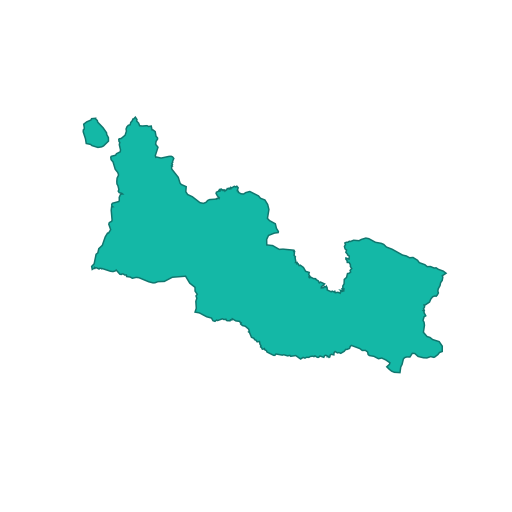 Manggarai, Nusa Tenggara Timur, Indonesia, rotated 111°
{"feature_id": "22746128B41361424069199", "entity_name": "Manggarai", "entity_type": "district", "adm_level": 2, "iso_a3": "IDN", "parent_name": "Indonesia", "parent_adm1": "Nusa Tenggara Timur", "projection": "robinson", "projection_center": [120.422, -8.578], "detail": "fine", "context": "isolated", "style": "filled", "palette": "teal", "viewbox_px": 512, "rotation_deg": 111, "n_neighbors": 0, "source": "geoboundaries", "source_scale": "gbopen_adm2", "svg_char_len": 6081}
<svg xmlns="http://www.w3.org/2000/svg" viewBox="0 0 512 512"><g transform="rotate(111 256 256)"><path d="M313.3,79.8L307.7,81.1L304.8,80.8L299.3,81.5L297.6,80.8L296.2,79.1L295.1,76.1L290.8,75.2L290.1,72.8L291.7,68.7L291.0,63.2L289.9,59.9L287.3,56.9L286.9,53.7L286.3,53.0L282.9,50.9L280.3,50.1L278.4,47.9L273.4,49.8L270.3,54.3L270.7,61.2L269.7,64.4L269.9,67.5L267.2,72.4L260.3,73.9L257.6,75.4L256.3,77.0L252.5,77.3L251.0,76.1L248.8,78.7L247.4,79.3L247.0,80.3L246.4,79.5L245.2,80.7L243.0,80.4L241.5,81.5L241.2,80.6L236.8,77.5L233.7,77.4L230.8,76.5L229.2,74.7L229.0,73.4L227.5,72.8L225.1,72.5L223.6,73.7L221.3,74.1L217.7,73.6L214.8,74.1L212.1,73.4L208.9,74.0L207.7,75.0L204.0,72.4L203.0,75.8L203.1,81.0L202.5,83.6L203.4,85.4L203.3,89.3L204.6,92.4L203.6,95.2L203.7,101.2L202.1,103.7L201.1,108.9L202.6,112.0L202.1,115.7L202.6,119.5L200.9,131.4L200.9,137.5L199.4,140.9L199.3,143.6L200.4,149.4L199.4,156.9L199.9,159.9L202.8,163.6L204.8,165.3L206.3,170.5L208.6,173.0L208.8,174.2L210.2,175.1L210.8,176.6L212.0,177.7L213.4,176.5L215.4,176.9L217.5,175.3L218.0,173.6L220.4,173.4L221.4,171.4L222.2,170.9L222.5,169.2L223.2,168.7L225.6,168.1L225.6,171.3L226.7,171.0L227.7,169.3L229.3,168.5L228.7,166.7L230.3,164.7L231.9,164.2L233.5,162.1L235.7,163.0L237.1,161.9L238.7,162.8L239.6,164.3L243.6,163.8L246.2,165.2L250.4,163.8L252.9,164.2L254.8,163.4L255.8,164.0L256.2,163.5L255.3,162.1L257.2,161.6L257.8,164.7L258.4,163.2L259.2,164.3L260.6,164.1L260.5,166.5L261.9,168.8L260.7,169.8L261.6,170.3L261.5,172.3L262.5,173.0L262.2,177.3L260.2,178.2L259.0,179.5L260.0,179.7L259.9,181.4L261.3,181.4L262.4,183.6L261.4,183.9L257.5,182.0L257.2,186.5L258.4,187.3L256.9,189.0L256.5,191.5L255.8,192.2L256.5,194.3L256.1,197.4L257.1,198.0L257.1,198.5L256.5,199.1L255.6,198.4L254.3,200.2L252.3,200.4L252.5,204.2L249.7,207.6L248.7,211.4L249.5,212.3L248.1,214.0L248.6,215.1L247.3,215.3L247.9,216.8L246.8,216.9L243.5,219.0L242.7,218.9L241.7,220.7L239.1,221.3L238.4,222.3L237.8,221.7L237.0,222.7L239.9,233.2L241.5,236.7L240.3,244.2L241.8,249.9L236.7,252.0L232.3,251.7L228.0,247.0L226.2,243.7L225.1,243.9L222.9,246.8L219.0,249.5L218.1,256.1L216.8,258.8L208.0,260.6L203.7,263.6L200.5,267.8L200.5,272.5L199.0,275.2L198.0,284.9L200.5,288.3L202.6,289.8L203.3,292.3L202.9,295.3L201.9,295.6L201.8,296.9L198.7,297.1L197.7,298.9L198.8,299.6L198.7,301.2L201.0,303.0L201.0,304.1L202.1,303.7L202.2,305.2L202.9,304.8L203.3,307.0L204.7,307.1L205.7,307.7L205.6,308.3L206.4,308.4L205.3,309.7L206.1,309.2L206.0,310.2L206.7,310.3L206.2,311.4L206.7,312.1L206.0,312.5L206.9,313.8L208.3,312.9L208.6,313.4L208.1,314.1L209.2,314.4L210.6,315.8L211.9,315.7L213.7,313.6L214.8,311.1L215.6,311.1L215.3,312.2L216.8,313.0L216.5,313.3L217.4,314.1L220.0,319.6L221.6,321.1L223.7,321.8L225.7,323.9L226.3,327.4L223.5,336.6L223.1,341.9L221.1,344.6L216.3,346.0L216.0,351.5L215.1,353.1L210.4,356.8L205.0,365.9L202.8,366.8L202.2,366.4L202.0,367.2L200.7,366.7L200.0,367.7L198.4,367.3L197.5,367.8L194.4,367.7L193.4,369.4L193.3,370.9L194.1,372.8L198.6,379.7L199.2,384.1L199.8,384.9L198.3,386.0L189.6,386.5L187.7,389.7L184.9,390.4L182.0,389.8L181.0,390.3L180.1,392.2L176.0,394.7L175.2,397.3L175.5,398.3L172.2,400.4L173.6,402.7L173.4,404.5L175.4,408.7L176.1,411.3L174.0,413.2L172.8,415.8L171.3,416.0L169.6,418.4L172.0,419.4L172.2,420.0L174.0,420.0L176.2,420.8L178.6,420.5L179.7,422.0L181.7,422.8L184.0,422.8L185.9,421.7L190.2,421.5L194.6,424.0L195.6,425.7L196.3,425.9L198.2,424.9L198.7,423.9L201.1,423.5L205.5,420.5L207.4,420.1L210.5,422.9L212.2,423.2L214.8,426.8L215.8,427.0L218.0,425.8L219.4,423.2L225.5,418.5L227.5,415.1L228.9,413.8L230.1,413.3L233.0,413.6L236.2,412.7L238.6,411.6L239.7,410.2L243.0,407.9L244.9,407.8L245.9,406.3L245.6,403.7L245.9,402.8L246.5,404.1L247.6,404.6L250.3,404.7L253.2,403.5L254.3,403.6L258.2,408.9L259.5,409.2L261.2,408.4L261.4,407.5L261.9,408.4L265.1,407.6L274.1,403.2L275.3,403.2L277.4,404.9L279.1,404.8L283.5,401.1L287.5,401.9L287.8,402.8L292.2,403.6L301.1,403.3L305.5,405.4L309.8,404.8L311.7,405.9L321.3,404.3L324.6,405.7L327.2,404.1L325.9,403.2L325.5,402.3L324.7,402.4L325.0,401.9L324.5,401.8L324.2,400.5L324.4,397.9L323.7,397.8L323.0,396.3L323.3,395.3L322.8,394.9L322.4,386.5L321.8,383.9L320.3,382.0L319.2,381.5L321.8,376.5L321.5,375.1L320.7,374.6L320.4,373.1L320.8,371.8L320.2,370.2L321.5,369.4L320.7,365.8L321.1,363.5L318.9,360.2L318.2,357.5L318.5,347.0L318.0,342.5L317.2,340.7L315.1,338.4L312.6,332.5L305.8,326.5L300.1,314.5L305.1,308.1L307.1,301.7L310.6,300.3L312.8,297.1L314.8,297.7L316.6,296.1L319.9,295.9L326.2,293.0L330.2,292.8L329.4,288.5L330.4,280.2L329.9,275.3L331.8,273.0L331.7,270.9L329.9,269.8L330.0,268.7L326.7,264.9L326.8,263.2L325.8,261.4L326.7,260.6L326.7,259.7L325.8,257.0L324.7,257.0L324.4,255.6L323.1,255.7L323.8,251.5L322.9,247.8L323.9,246.7L323.8,245.8L325.0,245.9L325.8,243.7L325.4,241.0L326.8,236.8L328.7,235.2L329.5,235.7L329.8,234.6L333.5,231.1L333.6,228.3L334.6,227.4L334.6,225.9L335.7,224.2L334.6,222.1L337.0,220.6L337.9,219.3L339.2,219.2L339.5,218.0L340.6,216.9L340.6,216.2L339.4,215.0L340.4,214.2L340.6,212.4L341.7,211.3L342.4,204.0L342.0,202.8L340.3,202.2L339.1,195.9L338.2,194.7L337.9,190.7L336.6,188.7L337.2,187.7L334.7,183.2L336.2,177.4L333.8,175.7L333.8,173.7L332.4,172.5L331.7,170.3L330.4,169.4L329.1,167.0L329.2,165.8L328.1,165.2L328.6,162.4L328.2,161.3L326.4,160.4L326.3,156.4L324.5,156.3L323.7,155.4L323.7,153.8L324.5,153.4L323.9,152.6L324.5,151.5L323.7,150.9L322.0,151.3L320.8,150.5L320.4,147.9L318.3,148.5L316.8,147.9L317.3,145.3L316.4,143.9L316.5,142.0L313.4,139.5L311.1,138.8L310.7,137.7L308.8,135.6L306.6,135.6L305.3,134.9L305.2,125.9L306.1,123.0L304.9,120.0L305.6,117.4L307.8,116.0L308.3,114.5L307.4,110.0L308.0,104.8L306.2,102.1L306.5,97.6L307.7,92.7L309.3,92.6L312.6,94.2L314.0,91.0L314.9,88.1L315.0,85.2L313.3,79.8ZM207.9,437.8L201.6,434.9L198.4,436.2L196.1,438.9L194.5,439.7L191.1,444.7L187.8,451.7L186.4,452.7L185.4,455.0L184.9,455.1L186.7,458.7L188.3,458.9L191.4,462.1L194.7,464.1L197.9,462.2L199.5,461.9L200.2,462.4L202.0,461.8L207.7,457.2L211.8,454.8L211.1,450.5L211.7,448.7L211.3,442.5L209.4,439.2L207.9,437.8Z" fill="#14b8a6" stroke="#0f766e" stroke-width="1.5"/></g></svg>